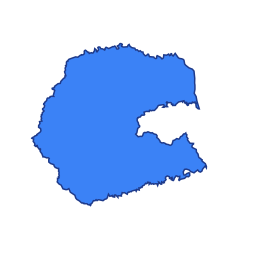 Goiatins, Tocantins, Brazil, rotated 111°
{"feature_id": "56859067B69520863408764", "entity_name": "Goiatins", "entity_type": "district", "adm_level": 2, "iso_a3": "BRA", "parent_name": "Brazil", "parent_adm1": "Tocantins", "projection": "albers", "projection_center": [-47.51, -8.02], "detail": "fine", "context": "isolated", "style": "filled", "palette": "blue", "viewbox_px": 256, "rotation_deg": 111, "n_neighbors": 0, "source": "geoboundaries", "source_scale": "gbopen_adm2", "svg_char_len": 5810}
<svg xmlns="http://www.w3.org/2000/svg" viewBox="0 0 256 256"><g transform="rotate(111 128 128)"><path d="M84.6,68.3L78.2,73.3L74.2,75.7L71.9,78.6L67.8,79.4L64.0,80.9L62.2,81.9L57.7,83.5L51.2,86.8L50.0,89.0L50.0,92.6L48.8,96.5L48.0,98.0L44.9,99.9L44.2,100.7L44.1,102.6L44.6,104.9L44.4,106.2L41.4,110.7L44.6,111.7L44.0,113.3L43.0,114.0L43.2,114.5L45.0,114.6L45.5,115.2L44.4,116.5L46.2,118.1L46.9,120.8L49.2,120.2L50.6,120.4L51.3,121.1L50.3,123.0L50.0,126.7L50.8,126.9L52.4,126.3L53.0,126.6L53.3,127.2L53.1,128.7L52.5,129.4L53.7,133.5L51.8,135.3L52.0,136.0L53.6,136.7L54.4,137.8L53.2,140.3L51.7,141.3L52.2,142.6L51.5,144.3L52.6,145.3L51.7,147.4L52.4,148.8L51.1,150.2L51.6,153.1L51.0,155.4L49.6,156.9L50.7,157.6L52.4,157.7L54.1,161.3L54.1,163.2L53.5,163.7L52.4,163.1L51.9,163.4L51.7,164.9L52.1,165.7L54.1,166.3L55.1,167.3L55.8,166.8L56.4,165.4L57.0,165.1L57.9,165.7L58.2,166.9L56.8,168.3L56.2,169.7L57.2,170.4L57.4,171.3L60.7,174.4L60.5,177.4L62.1,178.0L63.1,177.5L63.6,177.8L63.2,179.9L63.7,181.8L62.6,183.1L62.7,184.2L63.6,185.0L65.5,183.5L67.9,184.1L68.0,184.7L66.8,185.3L66.3,186.0L65.8,187.5L68.0,187.0L70.4,187.5L70.9,188.4L70.8,189.2L72.3,190.9L71.3,191.8L71.7,192.4L70.6,195.5L71.2,196.2L72.0,196.4L74.2,195.4L75.4,196.0L76.0,196.5L76.2,197.7L76.9,197.8L77.1,198.5L79.9,200.2L80.4,202.4L84.3,207.0L85.2,207.9L86.6,208.3L87.2,208.1L87.3,208.7L88.5,209.1L91.1,208.1L92.1,208.6L92.3,208.0L92.9,207.8L93.7,208.2L95.0,208.0L96.3,207.1L98.2,207.4L101.5,204.8L101.9,205.5L103.7,205.0L104.7,205.9L108.5,207.4L110.6,207.2L111.7,209.2L115.4,211.5L116.7,211.1L118.0,213.0L118.6,212.9L118.9,212.4L118.8,210.4L119.1,209.9L124.7,209.4L125.1,208.8L125.9,211.1L126.5,211.4L126.7,212.0L127.3,211.9L128.4,212.6L128.9,213.9L129.5,214.1L131.6,213.8L133.9,215.0L134.4,214.7L135.4,215.4L136.2,215.2L136.7,214.0L137.5,213.8L138.9,213.6L140.6,214.6L141.4,214.3L142.2,212.5L144.7,213.5L145.8,213.0L146.9,213.6L147.3,213.1L148.5,213.3L149.9,212.1L150.9,212.3L152.4,210.9L153.7,212.9L155.4,211.8L157.7,212.3L159.4,211.7L159.9,209.4L161.8,208.3L163.2,208.5L166.8,210.8L167.4,210.5L169.1,212.3L169.6,212.3L171.4,214.0L172.1,214.1L172.1,212.1L174.5,211.7L175.6,209.8L177.1,208.9L177.8,209.0L178.3,207.4L178.0,206.7L177.2,207.0L176.9,206.5L178.2,205.5L179.5,203.5L179.8,203.0L178.9,202.6L179.1,202.1L181.3,201.6L182.9,199.2L185.5,196.9L185.0,196.4L185.0,193.1L184.4,192.0L184.7,190.6L186.1,190.6L188.2,189.7L188.9,187.6L188.8,184.2L190.2,183.0L191.0,181.6L190.8,180.9L191.1,179.5L190.6,178.3L192.5,177.4L193.1,177.5L193.9,176.5L195.9,176.0L197.3,175.0L198.4,175.5L199.1,174.6L199.7,174.7L200.2,175.8L202.3,174.9L203.7,174.8L205.0,172.3L205.3,169.9L208.1,166.9L207.8,163.8L207.2,162.6L205.8,161.5L208.6,158.8L209.8,153.5L212.1,151.7L213.0,150.2L213.5,147.2L214.6,144.5L214.1,143.4L214.5,142.6L214.0,142.1L214.3,141.5L213.4,139.1L213.9,138.1L213.7,136.6L213.2,136.3L213.8,135.3L213.1,135.1L212.4,135.5L211.2,134.7L208.2,134.2L207.8,132.8L206.4,132.1L206.9,130.9L205.8,130.2L205.4,129.4L204.8,125.3L202.9,124.1L201.8,122.7L200.6,122.3L196.8,122.5L198.3,120.5L196.7,118.6L197.5,118.3L197.6,117.6L197.0,117.1L197.5,116.6L197.4,115.9L197.0,115.6L195.6,116.6L195.1,116.1L195.0,115.3L196.3,112.6L195.1,113.1L194.5,112.4L193.9,109.9L193.2,110.4L192.7,110.0L190.4,110.3L190.4,109.4L189.6,108.2L190.1,105.0L188.3,105.0L187.6,104.5L187.5,103.9L186.4,102.9L186.3,102.1L185.3,101.7L183.2,98.7L184.1,97.7L183.2,97.6L182.8,98.1L182.1,97.9L181.9,95.3L180.0,96.3L179.5,94.7L178.4,94.5L178.3,93.6L176.8,93.7L175.7,92.5L173.3,91.7L173.4,90.8L172.5,90.1L171.6,90.3L171.2,89.0L173.0,88.1L171.2,87.5L172.1,86.3L170.9,84.6L171.3,84.0L170.2,82.4L169.6,80.6L170.3,80.5L171.1,79.7L169.4,79.8L168.6,79.2L167.5,80.1L167.6,78.9L168.2,78.5L168.7,77.0L168.2,76.4L166.2,77.2L166.6,75.2L166.0,74.5L165.0,75.3L163.6,74.2L162.3,74.1L161.9,74.9L160.4,75.3L158.7,74.2L158.6,72.0L160.1,71.2L158.3,69.2L159.4,68.5L160.2,69.5L160.7,69.3L160.9,67.0L160.0,66.6L158.2,66.7L155.4,65.9L155.3,64.6L155.6,64.0L154.6,62.4L155.9,62.0L158.3,62.0L158.6,61.4L157.0,60.5L154.7,57.1L152.4,56.1L151.8,54.0L150.3,53.3L148.0,54.3L147.9,55.0L149.4,56.7L151.4,57.8L151.8,58.8L150.9,59.7L149.2,60.7L146.4,60.4L145.5,58.9L145.3,56.8L145.3,55.8L146.2,54.0L146.2,50.3L142.2,47.9L143.2,46.1L143.2,44.6L141.9,43.6L139.6,43.6L135.9,42.3L137.1,40.6L135.8,41.0L133.6,43.0L132.4,46.9L131.1,47.5L131.3,48.1L130.4,49.2L130.4,50.6L129.8,51.6L127.2,53.3L125.9,55.5L123.6,56.6L123.2,60.5L122.7,61.6L120.9,61.9L119.6,61.1L118.9,61.3L120.0,64.6L118.0,67.9L117.5,68.3L116.3,68.3L115.3,70.1L113.1,70.7L112.7,71.9L112.0,72.3L113.1,72.9L113.7,74.0L116.0,74.6L117.2,75.8L119.7,76.2L120.2,76.7L120.4,78.7L122.8,80.3L123.5,81.4L127.0,81.1L128.2,81.5L129.1,82.4L129.0,84.6L129.5,86.7L129.1,87.1L129.0,89.4L129.8,91.0L129.6,92.8L128.4,93.8L127.0,96.2L126.6,97.7L124.9,98.0L124.0,99.3L124.2,101.6L123.7,103.8L124.4,104.7L124.4,108.0L125.7,109.3L126.3,111.1L127.3,111.7L129.7,111.6L130.9,112.0L131.3,113.4L132.5,115.4L131.0,118.6L129.4,118.0L124.9,118.8L122.8,117.6L122.2,117.7L121.7,118.0L121.1,119.3L119.6,120.1L118.0,122.0L116.1,122.7L114.9,122.6L114.8,122.0L114.2,121.9L113.2,120.4L111.2,120.0L110.2,117.6L109.6,117.3L107.5,118.7L105.9,116.8L105.0,114.1L103.8,114.3L103.5,113.8L103.7,112.6L102.9,111.6L102.1,109.6L98.8,108.2L96.3,107.8L95.6,107.1L93.4,103.0L94.4,102.1L96.1,102.9L95.8,101.8L94.1,100.3L94.3,99.4L93.9,98.7L93.0,100.1L91.3,100.1L90.4,101.3L89.7,101.0L89.9,99.2L88.9,97.2L89.1,96.6L90.4,95.8L89.7,94.8L90.9,94.3L90.6,93.5L89.9,91.8L89.3,92.0L85.6,90.1L83.5,86.9L84.1,86.4L82.8,86.0L82.5,85.5L83.7,84.6L83.4,83.5L84.2,83.8L84.2,83.0L83.3,82.2L84.6,81.2L84.9,81.7L85.6,80.6L85.0,79.9L83.8,80.4L83.3,80.2L83.2,79.5L82.5,79.2L82.5,77.7L81.8,77.1L81.0,77.3L80.6,76.8L80.8,75.5L79.7,74.8L80.7,74.0L80.3,73.0L81.9,73.0L84.1,71.7L84.9,69.3L84.6,68.3Z" fill="#3b82f6" stroke="#1e3a8a" stroke-width="1.5"/></g></svg>